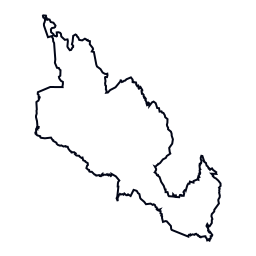 Naolinco, Veracruz, Mexico (Equal Earth projection)
{"feature_id": "50627088B47546840295566", "entity_name": "Naolinco", "entity_type": "district", "adm_level": 2, "iso_a3": "MEX", "parent_name": "Mexico", "parent_adm1": "Veracruz", "projection": "equal_earth", "projection_center": [-96.831, 19.639], "detail": "fine", "context": "isolated", "style": "outline", "palette": "ink", "viewbox_px": 256, "rotation_deg": 0, "n_neighbors": 0, "source": "geoboundaries", "source_scale": "gbopen_adm2", "svg_char_len": 5811}
<svg xmlns="http://www.w3.org/2000/svg" viewBox="0 0 256 256"><path d="M93.9,52.0L91.8,51.5L93.1,49.1L92.6,47.8L89.8,44.3L89.9,41.2L88.0,40.8L87.7,39.9L86.6,40.1L86.1,39.3L84.9,38.7L82.2,40.4L79.2,39.9L78.1,37.2L77.4,36.9L76.4,35.0L75.5,34.5L73.2,35.9L72.6,41.7L71.9,44.3L73.2,45.8L73.1,47.0L72.7,47.1L71.1,49.9L69.8,50.2L67.7,47.3L67.4,46.3L67.9,41.0L67.5,39.4L64.8,39.8L61.3,36.5L60.9,33.8L60.1,32.8L58.3,32.2L56.7,32.4L57.0,36.0L56.5,36.4L54.2,35.7L53.4,34.1L51.1,32.2L50.9,29.3L52.0,28.0L54.1,27.7L55.0,27.1L55.5,25.6L53.4,22.7L50.7,22.0L49.6,19.6L48.2,19.2L47.7,19.8L47.0,19.8L46.5,19.4L46.6,18.0L45.7,17.7L46.1,16.0L45.9,15.6L43.2,15.4L42.9,15.8L43.3,17.5L44.5,18.2L45.1,19.9L44.7,21.9L43.9,23.9L44.0,25.7L48.0,37.2L52.1,36.0L52.1,37.2L53.0,38.5L53.2,41.3L54.1,43.0L54.3,45.8L55.3,59.4L54.9,62.8L57.0,67.8L58.8,68.0L59.6,69.5L60.5,70.2L60.3,75.7L58.9,76.8L59.3,78.5L60.9,80.8L62.9,81.9L62.9,84.1L62.5,86.0L62.6,87.1L50.2,87.0L37.9,92.2L37.7,94.0L38.6,94.9L38.7,97.4L39.6,97.1L39.7,97.4L38.4,100.6L36.5,101.9L36.4,102.6L36.8,109.5L36.5,110.7L36.7,113.5L36.0,115.9L36.0,117.2L37.0,121.1L37.4,125.9L37.1,126.7L38.7,127.0L38.5,128.0L37.0,128.3L37.3,129.4L36.1,129.3L36.1,132.2L35.4,132.5L35.5,133.5L36.3,133.6L36.2,134.4L37.4,135.4L40.2,136.2L40.4,137.4L41.0,137.8L44.9,138.3L51.0,137.6L52.4,139.8L53.2,140.2L53.2,140.9L56.4,142.7L56.7,143.8L57.9,144.9L60.1,145.7L61.3,145.4L63.5,146.5L65.6,146.1L65.9,146.7L67.7,146.8L68.3,148.6L70.0,150.9L71.4,151.7L71.2,152.0L71.5,152.5L74.1,152.2L75.7,153.4L75.0,154.2L76.4,155.5L79.2,155.8L79.6,156.6L81.6,158.0L82.5,157.6L83.2,160.3L85.2,161.1L85.5,161.8L87.7,163.1L87.9,165.0L87.1,165.7L86.4,168.1L88.0,169.6L89.1,170.0L89.3,171.4L90.2,171.8L91.8,171.8L94.6,174.6L95.6,174.8L96.2,175.6L99.1,175.1L99.7,176.0L100.9,176.2L101.3,175.8L101.3,174.9L102.5,173.9L102.6,175.0L102.9,175.3L103.9,174.7L106.2,174.8L107.0,174.2L107.6,175.0L108.5,175.4L109.1,174.4L110.8,176.0L111.5,175.2L111.4,173.8L115.9,176.4L119.3,180.5L118.2,181.9L117.9,183.4L117.7,186.5L118.4,186.6L117.3,196.5L116.6,198.3L117.7,201.1L117.6,197.6L118.4,196.6L118.1,196.1L118.5,194.9L119.4,194.8L120.0,193.9L120.9,194.5L122.3,194.1L123.5,194.7L124.3,193.5L126.3,195.2L127.7,195.1L128.1,194.4L130.6,196.0L133.6,189.9L136.3,190.7L137.0,191.2L137.9,193.0L139.4,194.1L140.2,198.0L140.8,198.9L144.2,201.8L146.0,204.2L150.6,203.6L152.8,204.9L153.7,204.3L154.9,205.0L155.6,207.0L156.6,207.4L156.9,208.5L157.4,208.6L157.5,208.9L156.8,209.3L157.3,209.9L157.9,210.2L160.0,209.4L159.1,210.7L160.6,211.2L160.5,213.4L161.8,214.1L161.8,215.1L161.3,215.7L162.1,216.4L162.0,217.9L163.0,221.9L165.4,221.1L166.7,221.3L170.9,226.0L171.2,229.0L171.7,229.9L188.3,236.6L188.3,235.7L188.9,234.9L190.1,235.4L190.4,234.5L191.1,235.1L192.3,234.4L194.6,234.8L195.2,234.0L196.2,233.8L197.2,234.9L197.9,234.9L198.2,235.9L199.5,236.1L199.7,237.0L200.8,237.3L201.1,236.9L205.2,236.2L205.5,236.3L205.7,237.4L206.7,238.4L207.2,240.4L208.5,240.0L209.5,240.6L210.0,239.3L209.5,238.9L210.7,238.4L210.7,236.2L211.7,236.3L212.3,235.0L210.1,231.9L209.4,232.5L208.6,231.6L208.7,230.4L208.1,230.3L208.3,229.2L207.9,228.4L208.3,227.5L208.0,226.3L206.9,226.7L206.5,226.0L206.7,225.3L207.3,224.1L208.2,225.6L209.7,226.1L211.8,223.0L211.8,220.0L212.4,219.1L211.4,216.1L211.8,214.1L214.2,211.5L214.3,209.8L218.9,203.5L218.3,200.5L218.4,199.5L219.7,197.2L219.8,195.5L219.1,192.6L219.4,191.7L219.2,190.1L219.7,188.8L219.0,187.7L220.6,185.9L220.5,183.4L218.3,180.6L216.0,178.5L214.3,177.6L212.9,176.2L213.2,175.7L211.4,173.7L216.3,173.9L215.8,173.0L216.2,172.2L213.1,170.0L212.0,168.4L210.1,169.7L209.7,168.6L208.9,168.0L208.6,168.3L207.8,166.5L206.6,165.6L205.9,162.9L204.8,162.3L204.2,161.1L203.8,161.2L203.4,160.1L203.7,159.9L202.4,156.0L201.4,155.8L200.7,157.9L200.9,159.7L201.4,160.6L201.3,162.3L200.7,163.0L200.9,163.4L200.0,163.8L200.2,164.8L199.9,165.2L199.6,164.9L199.5,165.6L199.8,168.7L200.3,169.3L199.8,169.7L199.6,170.8L200.1,172.6L199.5,173.1L200.1,173.4L199.9,174.1L198.6,175.4L199.3,177.0L198.2,177.2L198.4,179.8L198.1,179.7L197.8,178.2L197.3,179.5L193.6,181.0L193.5,182.6L189.9,181.6L189.5,183.7L188.3,183.6L187.3,185.3L185.8,190.4L185.6,190.0L184.8,190.1L183.6,191.7L183.5,192.3L184.2,193.2L183.7,195.8L182.0,195.8L182.1,195.4L180.8,194.9L180.0,195.0L179.2,197.2L176.4,197.0L175.8,195.4L175.4,195.7L175.3,196.9L174.3,196.7L174.0,195.2L173.2,194.3L173.1,196.5L169.0,196.2L168.4,195.5L167.5,192.1L165.6,192.1L165.6,189.6L165.0,189.6L163.7,185.7L161.2,181.9L159.6,177.1L158.3,176.0L158.1,175.3L157.6,175.6L156.9,175.1L156.3,173.6L154.8,172.4L155.4,172.0L155.3,171.4L156.1,169.9L156.1,168.8L154.9,166.6L155.5,166.9L156.7,165.3L157.7,164.8L158.2,163.9L158.6,164.0L160.1,163.0L162.9,159.4L165.8,157.9L166.8,156.0L170.3,153.6L169.7,151.9L169.2,147.9L172.2,143.7L172.9,139.3L171.7,135.7L171.6,133.6L170.9,131.6L168.1,129.3L168.1,127.6L167.3,126.4L166.9,124.8L167.4,122.7L167.5,119.1L165.2,117.2L164.8,115.3L163.4,112.9L162.1,112.6L161.5,111.4L159.6,111.6L159.0,108.2L157.2,108.0L155.7,103.2L153.6,101.6L152.0,102.4L149.4,105.8L149.5,104.7L149.1,103.2L148.5,102.7L147.9,103.4L148.4,104.7L147.1,105.2L146.4,102.8L146.7,102.2L145.3,100.0L145.8,99.1L145.1,98.6L145.4,98.2L144.6,97.2L144.1,97.5L143.6,96.2L143.7,95.0L142.3,93.3L141.9,93.5L141.5,91.0L142.3,90.6L142.3,90.1L140.4,86.9L139.8,87.3L139.8,88.3L138.9,88.7L138.6,88.3L138.4,85.6L138.2,85.4L137.2,86.1L136.2,84.6L136.2,83.2L135.9,82.4L134.4,82.4L133.7,81.8L133.2,82.3L132.6,82.1L132.6,79.6L130.9,77.4L126.4,79.3L125.3,80.5L124.1,80.8L123.2,81.5L121.9,82.0L121.2,80.5L120.6,80.4L120.3,81.5L115.5,87.3L110.1,90.1L107.9,92.5L106.2,92.7L106.6,91.8L106.3,90.0L105.9,89.6L106.0,85.9L105.4,85.4L105.1,83.2L105.5,81.1L105.0,77.6L105.3,77.0L107.0,77.1L107.5,75.1L107.3,73.7L106.3,74.0L104.8,73.8L102.6,72.5L100.5,69.1L97.0,66.5L96.3,64.6L93.9,52.0Z" fill="none" stroke="#020617" stroke-width="2"/></svg>